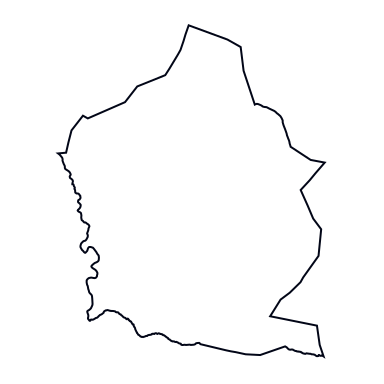 the district of Bugat, Bulgan, Mongolia, rotated 269°
{"feature_id": "93677404B59667733758052", "entity_name": "Bugat", "entity_type": "district", "adm_level": 2, "iso_a3": "MNG", "parent_name": "Mongolia", "parent_adm1": "Bulgan", "projection": "orthographic", "projection_center": [103.227, 49.106], "detail": "fine", "context": "isolated", "style": "outline", "palette": "ink", "viewbox_px": 384, "rotation_deg": 269, "n_neighbors": 0, "source": "geoboundaries", "source_scale": "gbopen_adm2", "svg_char_len": 5634}
<svg xmlns="http://www.w3.org/2000/svg" viewBox="0 0 384 384"><g transform="rotate(269 192 192)"><path d="M358.7,191.6L349.5,188.2L343.2,186.2L334.3,183.0L329.8,180.4L315.9,171.7L309.3,167.3L298.5,139.1L283.0,126.6L267.4,89.1L270.2,84.3L255.7,72.6L243.7,69.3L233.5,66.8L232.9,58.8L231.7,60.3L228.7,62.7L228.2,62.9L227.1,63.2L225.7,63.1L224.9,63.3L222.1,64.3L220.6,65.1L219.6,65.3L218.3,65.3L217.4,65.6L216.8,66.3L216.0,67.5L215.0,69.0L213.8,70.1L212.4,70.8L211.4,71.0L210.1,70.2L209.6,70.0L208.9,70.1L208.2,70.3L207.9,70.6L207.1,71.8L206.1,72.7L205.5,73.0L204.6,73.1L202.4,72.5L201.9,72.5L201.9,73.2L201.7,73.5L201.4,73.7L200.0,74.0L199.4,74.3L198.9,74.7L198.3,74.9L197.7,74.8L197.2,74.5L196.1,75.1L193.5,75.3L192.6,76.4L192.5,76.9L192.5,77.8L192.4,78.2L192.1,78.7L191.5,79.2L191.1,79.4L190.5,80.0L190.2,80.2L189.8,80.1L189.0,80.4L188.1,80.4L187.7,80.3L186.5,79.5L186.2,78.8L186.0,78.4L185.6,78.1L184.7,77.9L184.0,77.9L183.5,78.2L182.9,79.0L181.9,79.9L181.4,80.3L180.9,80.5L179.5,80.3L178.6,80.0L177.7,79.4L176.2,77.9L176.1,77.7L175.4,77.4L174.7,77.9L174.3,78.4L173.5,80.0L173.0,80.5L172.4,80.7L170.6,81.0L168.0,80.8L167.4,81.0L166.4,81.1L165.8,81.3L165.0,82.4L164.2,83.0L163.4,83.8L163.4,85.0L163.0,85.6L162.3,86.3L161.4,87.7L160.6,88.4L160.0,88.7L159.4,88.8L157.4,87.9L155.5,87.6L152.7,86.5L152.2,86.4L151.2,86.9L150.1,87.1L148.8,86.9L146.4,85.6L145.6,84.9L145.2,84.4L144.8,82.8L144.4,82.2L142.7,80.5L142.0,80.1L140.3,79.6L139.5,79.5L138.6,79.6L136.0,81.0L134.9,82.2L133.8,83.0L133.2,83.7L133.1,84.3L133.4,84.7L134.8,86.0L135.2,86.3L137.4,87.0L138.0,87.4L138.6,87.9L138.8,88.4L138.8,89.7L138.2,91.5L138.0,92.0L136.8,93.0L133.6,95.3L131.7,96.3L130.5,97.3L129.9,97.6L128.9,97.7L127.9,97.8L126.0,97.6L125.3,97.5L124.5,97.0L123.9,96.2L123.4,95.3L123.1,94.5L122.8,93.7L121.9,92.4L120.3,90.6L119.7,90.2L119.3,90.1L118.8,90.3L118.2,90.7L117.4,91.7L115.8,94.1L114.3,95.3L112.8,96.0L112.0,96.0L111.3,95.9L110.5,95.6L109.4,95.5L108.2,94.7L107.8,94.0L107.6,93.2L107.7,92.3L108.1,90.2L108.2,89.6L107.8,87.5L107.3,86.7L106.8,86.1L105.8,85.3L105.1,85.1L103.2,85.1L101.1,85.5L99.8,86.1L96.7,86.6L95.3,87.1L93.8,87.4L92.7,88.0L91.3,89.4L90.6,89.9L89.7,90.2L87.1,90.4L82.2,90.6L80.9,90.5L79.9,90.1L77.6,89.0L76.8,88.3L75.7,86.9L75.3,86.1L74.9,85.5L74.4,85.2L73.4,85.3L71.0,86.1L70.1,86.2L69.0,86.1L67.9,85.8L67.1,85.8L65.2,87.2L65.0,87.5L65.0,87.8L65.2,88.1L66.0,88.4L66.2,88.8L66.2,89.6L66.0,89.9L66.2,91.1L66.8,92.2L67.0,92.6L67.6,93.4L68.0,94.9L68.4,95.5L69.6,96.6L70.1,97.3L70.5,97.6L70.7,98.0L70.9,98.6L71.4,99.7L72.8,101.5L73.6,101.7L74.3,102.2L75.1,103.6L75.1,104.3L75.3,104.7L75.4,105.1L75.4,105.5L75.1,106.8L74.8,107.3L74.6,108.6L74.4,109.0L74.5,109.6L74.3,111.8L73.9,113.2L73.3,113.7L73.1,114.2L73.0,114.6L73.1,114.9L73.0,115.4L72.8,116.2L71.3,117.3L71.1,117.7L70.9,118.5L70.3,118.9L69.9,119.3L69.6,119.9L69.3,120.1L68.8,120.6L68.0,121.3L67.7,121.9L67.5,122.6L67.2,123.2L66.1,124.2L66.0,124.3L66.0,124.6L66.5,125.3L66.5,125.5L66.3,125.9L66.1,126.1L65.3,126.4L65.1,126.5L65.0,126.9L64.2,127.4L64.0,127.6L64.0,128.0L63.5,128.5L63.4,128.9L63.0,129.0L61.9,129.6L61.6,129.9L61.0,130.1L60.6,130.5L60.7,131.0L60.5,131.3L59.2,131.4L58.7,131.7L58.2,131.8L57.9,132.2L56.9,132.7L55.7,132.9L53.0,134.1L52.4,134.6L51.9,134.6L51.4,135.1L50.2,135.8L50.0,136.2L49.8,136.7L48.4,138.0L48.3,138.6L48.0,139.1L48.1,139.3L48.1,139.5L47.8,140.5L48.0,141.0L48.2,142.0L48.8,143.4L48.8,143.7L48.9,144.3L48.9,144.7L49.3,145.0L49.5,145.4L49.9,146.7L49.8,147.1L49.8,147.5L50.0,147.8L50.2,149.1L50.8,149.5L50.9,149.9L51.0,150.8L50.7,151.5L50.7,151.8L51.3,152.6L51.4,152.8L51.4,153.2L51.3,154.0L51.0,154.3L50.7,154.9L51.2,155.9L51.3,156.4L50.9,157.4L50.6,157.7L50.6,158.3L50.3,159.6L50.0,160.1L49.7,160.1L49.3,160.8L49.3,161.1L49.3,161.4L48.9,162.0L48.7,162.2L48.4,162.7L47.9,163.1L47.7,163.6L47.4,163.9L47.2,164.0L46.9,164.6L46.5,165.1L46.3,165.5L45.9,165.6L45.4,165.9L44.9,167.1L44.4,167.5L44.0,168.1L43.5,168.6L43.4,169.2L43.1,169.5L43.0,170.0L42.9,170.2L43.0,171.0L42.8,171.8L42.5,172.2L42.3,172.8L42.4,173.8L42.4,174.0L42.0,174.5L41.8,175.2L41.4,175.6L41.0,176.2L40.9,176.6L40.7,177.0L40.6,177.9L40.5,178.1L39.5,178.6L39.2,179.4L39.2,180.2L39.4,182.0L39.2,183.1L39.2,183.9L39.4,186.5L39.4,187.2L39.1,188.1L39.3,191.2L39.7,192.4L40.7,193.5L40.9,194.7L41.0,196.5L40.8,196.9L39.9,197.6L39.7,197.8L33.1,223.4L32.0,228.2L31.1,233.0L28.8,242.8L27.8,257.3L36.0,282.4L35.1,283.9L33.3,285.6L32.8,286.4L32.6,287.5L32.8,288.9L32.7,290.0L32.3,290.5L31.3,292.4L31.2,292.7L31.2,293.1L31.2,293.4L30.8,294.0L30.8,294.6L30.6,295.0L30.7,295.5L30.4,296.2L30.5,297.0L30.2,297.5L30.2,298.1L29.5,298.7L29.5,298.9L29.5,299.1L28.8,300.0L28.7,300.5L28.4,301.2L28.4,301.8L28.2,302.2L28.2,302.5L28.7,303.7L28.6,304.2L28.5,304.8L28.4,305.4L28.2,306.7L28.2,307.4L28.1,307.9L27.7,308.6L27.6,309.0L27.6,310.3L27.4,310.7L27.2,311.8L26.4,312.7L25.7,313.9L25.7,314.7L25.8,315.3L26.7,315.8L26.8,315.9L26.8,316.2L26.7,316.5L26.2,316.9L26.1,317.1L26.0,317.7L26.0,318.2L26.3,318.8L26.0,319.2L25.9,319.8L25.3,320.7L36.9,317.0L56.2,314.6L66.4,268.0L82.9,278.7L89.6,288.0L99.9,298.9L104.7,301.7L125.9,317.4L152.5,320.5L163.3,312.7L176.4,307.4L192.1,300.7L201.7,309.9L208.5,315.7L219.1,325.2L222.0,311.2L235.5,291.4L236.4,291.2L238.7,290.5L240.7,290.2L241.8,289.9L244.1,289.0L245.9,288.4L246.8,288.0L248.9,287.6L253.1,286.2L257.1,284.7L260.0,283.9L262.0,283.9L264.3,282.9L266.3,281.7L268.4,279.4L269.3,278.2L270.6,277.0L271.6,275.7L272.0,274.9L274.0,270.8L275.5,268.1L275.8,265.7L276.2,264.4L276.4,263.9L276.9,263.5L277.7,262.1L278.7,259.8L278.9,259.0L279.0,258.4L278.9,257.9L278.5,256.7L278.3,256.3L312.3,245.7L336.1,243.2L343.8,230.1L358.7,191.6Z" fill="none" stroke="#020617" stroke-width="2"/></g></svg>